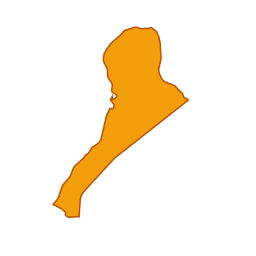 map outline of Negros Oriental (Robinson projection), rotated 197°
{"feature_id": "PHL-2516", "entity_name": "Negros Oriental", "entity_type": "Province", "adm_level": 1, "iso_a3": "PHL", "parent_name": "Philippines", "parent_adm1": "", "projection": "robinson", "projection_center": [123.114, 9.74], "detail": "fine", "context": "isolated", "style": "filled", "palette": "amber", "viewbox_px": 256, "rotation_deg": 197, "n_neighbors": 0, "source": "natural_earth", "source_scale": "10m", "svg_char_len": 1312}
<svg xmlns="http://www.w3.org/2000/svg" viewBox="0 0 256 256"><g transform="rotate(197 128 128)"><path d="M177.3,32.9L174.6,39.4L174.2,42.5L174.0,52.1L173.4,55.1L169.4,64.1L168.9,67.5L168.8,71.0L168.4,73.9L167.6,76.5L161.7,86.3L160.6,89.9L159.7,90.9L158.8,91.7L158.4,92.5L156.6,99.0L152.9,103.5L151.2,106.1L150.5,109.4L152.2,134.4L151.5,137.9L151.4,139.4L151.0,141.5L150.0,141.6L148.9,141.3L147.9,141.9L147.8,145.8L153.1,149.9L152.2,153.8L151.1,150.8L148.8,152.3L147.8,155.3L150.1,157.0L153.6,157.6L154.7,159.1L155.0,161.6L155.7,164.9L157.5,167.0L160.2,168.9L162.6,171.2L164.7,177.8L166.9,180.5L169.5,183.0L171.6,185.9L172.5,191.8L171.1,198.4L168.7,204.5L161.6,216.0L161.0,218.3L159.9,220.2L151.0,226.3L149.3,226.9L144.8,226.8L143.2,227.1L140.6,228.4L137.8,229.1L135.9,230.4L134.7,230.7L129.2,228.8L125.0,224.0L121.9,218.2L116.6,203.7L115.9,193.9L115.1,191.3L113.7,188.9L110.5,185.3L108.3,183.6L106.2,182.9L97.7,182.4L95.1,181.8L89.5,178.4L87.7,177.9L86.5,177.4L85.4,176.1L84.6,174.8L83.7,173.8L82.1,173.4L80.4,173.3L79.0,172.8L78.7,172.1L132.0,95.3L151.3,55.2L152.9,50.5L152.9,46.2L148.8,28.7L152.0,28.0L155.2,26.4L158.5,25.3L161.6,25.9L162.2,26.4L162.5,26.9L162.8,27.6L162.9,28.4L163.3,29.4L163.8,29.7L164.5,29.8L167.6,31.1L174.8,32.7L177.3,32.9Z" fill="#f59e0b" stroke="#b45309" stroke-width="1.5"/></g></svg>